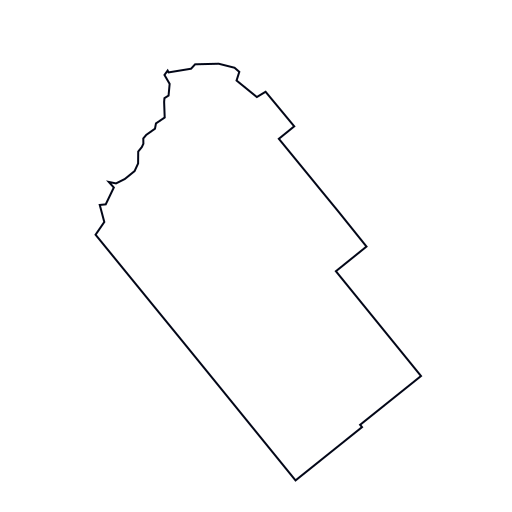 outline of Stearns, Minnesota, United States of America, rotated 231°
{"feature_id": "52423323B14024513602917", "entity_name": "Stearns", "entity_type": "district", "adm_level": 2, "iso_a3": "USA", "parent_name": "United States of America", "parent_adm1": "Minnesota", "projection": "robinson", "projection_center": [-94.368, 45.529], "detail": "fine", "context": "isolated", "style": "outline", "palette": "ink", "viewbox_px": 512, "rotation_deg": 231, "n_neighbors": 0, "source": "geoboundaries", "source_scale": "gbopen_adm2", "svg_char_len": 748}
<svg xmlns="http://www.w3.org/2000/svg" viewBox="0 0 512 512"><g transform="rotate(231 256 256)"><path d="M56.7,145.5L56.7,152.0L56.3,230.7L59.3,230.7L58.9,308.7L193.9,308.5L193.8,347.8L238.8,348.0L269.2,347.8L277.1,347.8L332.7,347.5L332.7,367.3L377.6,366.8L379.0,356.7L404.6,351.3L409.6,358.9L415.8,357.8L428.9,348.0L443.3,329.3L442.4,323.4L453.7,303.6L455.7,304.0L454.3,298.8L444.1,297.2L435.7,289.0L436.3,284.2L433.6,281.6L421.1,272.2L422.0,261.7L418.5,257.6L419.2,247.0L418.3,242.4L414.1,239.1L412.5,235.8L411.3,230.2L402.1,222.6L398.4,215.1L398.4,202.5L400.5,192.9L406.2,188.2L398.7,188.6L390.7,171.7L394.0,166.7L377.9,159.5L373.5,144.7L285.4,145.0L237.6,145.2L192.8,145.3L56.7,145.5Z" fill="none" stroke="#020617" stroke-width="2"/></g></svg>